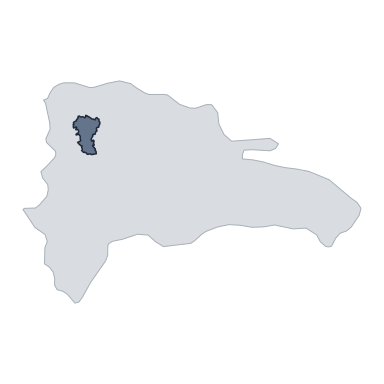 San Ignacio de Sabaneta, Santiago Rodríguez, Dominican Republic shown in context
{"feature_id": "3306468B60341362842796", "entity_name": "San Ignacio de Sabaneta", "entity_type": "district", "adm_level": 2, "iso_a3": "DOM", "parent_name": "Dominican Republic", "parent_adm1": "Santiago Rodríguez", "projection": "mercator", "projection_center": [-71.312, 19.362], "detail": "fine", "context": "in_parent", "style": "filled", "palette": "slate", "viewbox_px": 384, "rotation_deg": 0, "n_neighbors": 0, "source": "geoboundaries", "source_scale": "gbopen_adm2", "svg_char_len": 5954}
<svg xmlns="http://www.w3.org/2000/svg" viewBox="0 0 384 384"><path d="M44.5,263.9L44.9,247.9L47.3,241.4L45.1,234.6L34.8,227.3L28.6,217.9L23.0,209.6L24.3,208.4L35.4,208.0L39.3,205.0L46.8,196.5L48.3,189.6L47.7,184.4L42.8,178.2L40.9,171.7L46.9,166.0L54.7,157.6L55.8,154.4L55.6,151.3L46.5,142.5L45.9,138.7L50.1,129.2L49.7,122.8L45.5,103.1L43.5,100.1L47.5,98.5L50.2,92.6L53.8,87.4L58.5,84.5L63.9,82.8L74.6,82.9L89.4,87.5L93.6,87.4L107.8,83.2L119.6,80.9L130.7,83.6L135.2,87.1L144.4,92.8L149.0,94.5L163.4,94.4L167.4,94.9L179.5,104.3L189.8,108.0L195.7,108.2L206.4,104.6L211.7,104.7L217.7,112.7L218.9,124.1L224.0,134.5L231.7,141.2L270.0,138.4L278.5,143.8L275.6,148.4L270.2,150.8L252.0,149.7L244.0,150.2L242.4,154.7L242.4,158.9L253.0,159.9L263.5,162.0L274.1,165.3L284.9,167.6L297.1,169.1L309.1,171.5L329.1,179.7L351.2,198.3L357.1,202.5L361.0,208.3L359.1,215.4L351.2,227.1L346.7,230.9L340.2,233.2L335.8,238.0L331.5,246.2L328.8,246.9L325.7,246.5L320.4,241.9L316.6,234.8L306.0,228.1L293.3,228.9L274.6,225.0L263.3,226.9L252.0,227.3L240.5,225.3L228.8,224.6L217.2,227.1L206.0,231.4L201.8,234.2L194.6,240.8L190.8,243.3L163.4,246.6L155.5,241.7L148.2,235.1L137.6,234.2L122.4,239.3L112.8,241.2L108.9,243.4L107.8,245.9L107.7,255.3L105.6,260.9L90.7,282.3L82.3,297.4L78.9,302.0L74.9,303.1L67.5,294.4L62.9,291.3L57.1,289.7L54.6,285.1L54.7,278.5L53.2,272.2L49.6,267.2L44.5,263.9Z" fill="#d9dde1" stroke="#a8b0b8" stroke-width="1"/><path d="M73.8,128.0L74.1,127.8L74.4,127.7L74.7,127.5L75.2,127.4L75.3,127.4L76.0,127.0L76.3,127.0L76.6,127.5L76.6,127.9L76.6,128.1L76.2,128.5L75.9,129.1L75.8,129.4L75.8,129.5L76.0,129.8L76.6,129.6L76.9,129.4L77.1,129.4L77.5,129.5L77.9,129.7L78.0,129.8L78.2,130.2L78.5,130.8L78.6,131.2L78.6,131.4L78.5,131.9L78.5,132.1L78.4,132.5L78.2,133.0L77.9,133.2L77.4,133.3L77.2,133.3L77.0,133.5L76.8,133.7L76.7,133.8L76.4,133.9L76.2,134.1L76.1,134.5L76.1,134.8L76.3,134.9L76.6,134.9L76.8,134.9L77.3,134.6L77.5,134.5L77.8,134.6L78.1,134.6L78.3,134.6L78.5,134.5L78.6,134.4L78.8,134.4L78.9,134.5L79.2,134.7L79.3,134.8L79.6,135.2L79.7,135.5L80.1,135.9L80.1,136.1L80.2,136.3L80.3,136.8L80.3,137.0L80.2,137.5L80.2,137.8L80.2,138.4L80.2,138.9L80.3,139.1L80.4,139.4L80.5,139.9L80.7,140.2L80.7,140.4L80.7,140.5L80.4,140.9L80.3,141.0L80.0,141.2L79.7,141.3L79.1,141.6L78.6,142.0L78.3,142.1L78.0,142.1L77.7,142.4L77.8,142.6L77.9,142.8L78.0,142.9L78.3,143.0L78.7,143.4L78.8,143.5L79.1,144.2L79.2,144.4L79.4,144.5L79.8,144.6L80.0,144.8L80.3,145.2L80.5,145.5L80.8,145.7L81.5,145.7L81.9,145.8L82.0,145.9L82.0,146.1L81.9,146.4L81.8,146.8L81.8,147.0L81.7,147.1L81.6,147.3L81.8,147.7L81.9,148.2L82.1,148.6L82.2,148.9L82.3,149.2L82.3,149.3L82.1,150.1L82.0,150.3L81.7,150.6L82.0,150.9L82.5,151.3L83.0,151.8L83.2,152.2L83.3,152.3L83.6,152.3L83.8,152.3L84.0,152.3L84.3,152.1L84.5,152.2L84.6,152.5L84.9,152.5L85.1,152.4L85.3,152.4L85.6,152.5L85.9,152.8L86.3,153.0L86.5,153.1L86.7,153.4L86.9,153.9L87.1,154.0L87.3,154.3L88.2,154.3L88.5,154.3L88.7,154.2L89.5,153.8L89.9,153.8L90.0,153.8L90.5,154.2L90.7,154.3L91.1,154.4L91.5,154.6L91.8,154.6L92.0,154.6L92.5,154.4L93.5,154.3L93.7,154.2L93.9,154.1L94.1,154.1L94.9,154.0L95.0,154.0L95.4,153.8L96.1,153.8L96.3,153.7L96.2,153.2L96.1,151.9L96.1,151.6L95.8,151.1L95.7,150.9L95.5,150.7L95.2,150.4L95.1,150.1L95.2,149.8L95.3,149.6L95.3,149.1L95.2,148.9L95.1,148.7L94.7,148.5L94.6,148.3L94.5,148.1L94.4,147.7L94.2,147.5L93.8,147.4L93.7,147.3L93.2,146.7L93.0,146.3L92.7,145.9L92.6,145.7L92.7,145.3L92.8,145.3L93.0,145.3L93.4,145.4L93.5,145.5L93.8,145.5L93.9,145.4L94.0,145.3L94.1,145.1L94.1,144.9L94.1,144.6L93.8,143.9L93.7,143.8L93.7,143.6L93.6,143.3L93.6,142.7L93.7,142.3L93.7,142.2L93.9,141.8L94.0,141.5L94.1,141.2L93.9,140.8L93.6,140.4L93.4,140.2L93.0,140.3L92.8,140.3L92.6,140.5L92.5,140.9L92.3,141.1L92.2,141.2L91.9,141.2L91.7,141.1L91.4,140.3L91.3,140.0L91.2,139.8L91.2,139.2L91.3,138.8L92.1,137.2L92.5,136.7L92.6,136.4L92.9,136.1L93.0,135.9L92.9,135.7L92.6,135.0L92.6,134.9L93.2,134.4L93.3,134.3L93.4,134.2L93.6,134.3L93.9,134.3L94.2,134.3L94.4,134.3L94.7,134.4L94.8,134.4L95.0,134.3L95.0,134.2L95.2,133.6L95.4,133.1L95.5,132.7L95.6,132.3L95.9,131.7L96.1,131.3L96.4,131.2L96.7,131.2L96.8,131.1L96.9,130.9L96.9,130.6L96.9,130.4L96.7,130.0L96.6,129.5L96.4,129.2L96.4,128.8L96.6,128.4L96.7,128.0L96.7,127.8L97.0,127.6L97.1,127.4L97.5,127.3L98.3,127.3L98.5,127.3L98.6,127.2L98.8,126.8L98.9,126.5L98.9,126.0L98.9,125.8L99.1,125.4L99.2,124.9L99.3,124.7L99.6,124.5L99.7,123.6L99.9,123.2L99.9,122.7L99.8,122.3L99.6,121.9L99.6,121.7L99.4,121.4L99.0,121.1L98.9,121.0L98.9,120.9L98.9,120.7L98.9,120.4L98.9,120.2L99.0,119.9L98.9,119.5L98.9,119.2L98.7,119.1L98.3,119.0L98.0,118.8L97.6,118.7L97.3,118.2L97.2,118.0L97.1,117.8L96.9,117.7L96.7,117.6L96.3,117.8L96.0,118.0L95.8,118.3L95.6,118.5L95.3,119.0L95.2,119.4L95.0,119.7L95.0,119.8L94.9,119.8L94.7,119.8L94.2,119.5L93.9,119.3L93.4,119.1L93.2,119.1L92.8,119.2L92.7,119.2L92.0,119.0L91.7,118.8L91.5,118.7L91.3,118.5L90.9,118.1L90.7,118.0L90.1,117.7L89.8,117.5L89.4,117.3L89.3,117.2L89.1,117.0L89.0,116.8L88.4,116.6L88.2,116.5L87.8,116.5L87.6,116.4L87.4,116.2L87.2,115.9L87.0,115.7L86.8,115.7L86.3,115.6L86.0,115.4L85.9,115.4L85.8,115.5L85.7,115.5L85.7,115.8L85.7,116.0L85.8,116.5L85.7,117.0L85.2,117.5L84.9,117.7L84.7,117.7L84.3,117.5L84.2,117.4L84.0,117.1L83.8,117.0L83.1,117.0L83.0,116.9L82.6,116.8L82.2,116.7L81.7,116.8L81.2,117.0L80.9,117.0L80.7,116.9L80.4,116.8L80.0,116.6L79.8,116.5L79.6,116.2L79.3,116.1L79.0,116.1L78.8,116.1L78.6,116.2L78.2,116.4L78.1,116.5L78.0,116.8L78.1,117.2L78.2,117.3L78.0,117.8L78.0,118.0L77.9,118.0L77.7,118.2L77.6,118.3L77.4,118.7L77.4,118.8L77.2,118.9L76.9,119.5L76.5,119.9L76.5,120.0L76.4,120.1L76.4,120.3L76.4,120.8L76.3,121.0L76.1,121.1L75.7,121.1L75.0,121.4L74.7,121.6L74.3,121.8L74.0,122.0L73.6,122.4L73.5,122.6L73.4,122.8L73.4,123.0L73.8,123.5L73.9,123.9L73.9,124.1L73.8,124.3L73.7,124.4L73.2,124.7L73.5,125.4L73.5,125.6L73.4,125.9L73.3,126.2L73.3,126.8L73.4,127.3L73.5,127.6L73.6,127.9L73.8,128.0Z" fill="#64748b" stroke="#1e293b" stroke-width="1.5"/></svg>